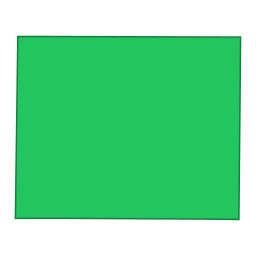 outline of Gove, Kansas, United States of America
{"feature_id": "52423323B49129985774033", "entity_name": "Gove", "entity_type": "district", "adm_level": 2, "iso_a3": "USA", "parent_name": "United States of America", "parent_adm1": "Kansas", "projection": "natural_earth1", "projection_center": [-100.507, 38.915], "detail": "fine", "context": "isolated", "style": "filled", "palette": "green", "viewbox_px": 256, "rotation_deg": 0, "n_neighbors": 0, "source": "geoboundaries", "source_scale": "gbopen_adm2", "svg_char_len": 230}
<svg xmlns="http://www.w3.org/2000/svg" viewBox="0 0 256 256"><path d="M17.8,36.5L15.4,218.4L59.3,218.3L207.5,219.1L238.9,219.5L240.6,37.0L235.2,37.1L48.2,36.5L17.8,36.5Z" fill="#22c55e" stroke="#15803d" stroke-width="1.5"/></svg>